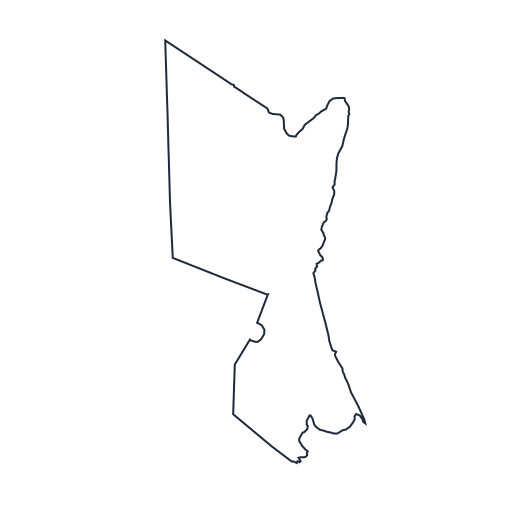 the district of East Honiara, Capital Territory (Honiara), Solomon Islands, rotated 111°
{"feature_id": "97153195B54570082610262", "entity_name": "East Honiara", "entity_type": "district", "adm_level": 2, "iso_a3": "SLB", "parent_name": "Solomon Islands", "parent_adm1": "Capital Territory (Honiara)", "projection": "orthographic", "projection_center": [159.999, -9.437], "detail": "fine", "context": "isolated", "style": "outline", "palette": "slate", "viewbox_px": 512, "rotation_deg": 111, "n_neighbors": 0, "source": "geoboundaries", "source_scale": "gbopen_adm2", "svg_char_len": 2306}
<svg xmlns="http://www.w3.org/2000/svg" viewBox="0 0 512 512"><g transform="rotate(111 256 256)"><path d="M87.3,418.0L137.3,397.0L155.3,389.4L187.4,376.1L196.4,372.3L237.7,355.1L287.6,333.0L288.2,279.0L288.0,231.9L287.5,231.2L299.9,231.1L318.0,231.0L318.3,227.5L318.9,225.4L321.9,221.7L325.9,220.4L330.3,221.1L331.8,221.5L335.1,223.2L336.3,225.3L336.7,230.4L336.2,231.7L364.9,236.9L386.3,229.5L411.9,220.6L428.1,173.1L435.1,148.9L434.3,147.1L434.7,143.8L432.7,143.7L433.0,141.5L431.6,140.8L429.1,143.9L428.0,142.4L426.6,138.9L425.3,137.4L423.3,136.8L421.7,138.0L419.9,137.7L419.1,140.2L416.9,144.6L413.1,149.5L410.8,150.2L404.3,149.2L403.0,147.7L399.1,146.1L396.1,146.7L395.5,148.1L391.6,149.6L385.7,148.9L385.3,148.0L387.5,145.0L392.5,141.2L394.0,138.7L395.4,133.8L394.8,130.7L394.7,126.9L393.9,122.1L394.0,120.6L392.8,116.7L387.3,112.3L385.8,109.8L381.8,107.2L377.0,105.9L373.3,105.3L370.3,106.5L367.6,105.9L367.7,101.9L370.6,97.6L372.2,96.8L373.1,94.0L369.6,96.5L360.2,106.0L354.9,111.9L349.4,118.3L343.0,123.6L339.7,126.8L337.8,129.1L335.0,131.2L333.0,133.5L329.9,135.1L325.6,141.0L321.1,146.1L319.8,147.0L316.7,146.9L316.6,151.0L309.2,157.0L304.3,159.8L294.3,166.7L276.3,179.8L266.4,186.3L259.9,190.8L256.4,192.6L251.4,196.3L248.4,195.3L246.4,196.2L243.9,195.2L241.6,196.6L239.7,194.9L237.3,193.8L236.0,192.1L234.3,192.7L233.0,194.1L232.4,196.1L229.0,199.8L227.5,199.7L225.9,198.5L223.2,197.7L215.5,197.5L213.9,198.2L211.9,200.5L210.7,201.0L208.0,204.5L205.1,205.0L200.3,204.8L198.3,203.4L196.4,203.1L193.9,204.5L189.8,204.8L187.5,203.9L186.2,204.2L183.9,204.5L179.3,204.5L176.0,205.1L170.4,205.1L167.5,206.1L164.3,209.2L161.1,208.2L158.5,209.3L155.9,209.7L148.1,211.3L140.0,214.3L135.5,215.5L130.7,215.9L128.8,215.7L122.5,214.8L115.7,215.8L111.7,216.1L104.5,216.4L100.2,217.3L92.1,220.1L90.1,219.8L88.1,221.2L85.6,221.6L83.0,223.2L79.2,228.6L76.9,229.8L77.2,231.4L80.0,238.0L81.5,240.6L84.9,242.8L89.5,243.4L93.3,243.3L97.9,247.1L100.0,248.0L103.0,250.4L106.6,251.6L114.7,256.7L116.3,257.5L120.5,258.0L125.1,260.3L128.0,261.5L130.3,261.7L131.6,266.5L131.7,268.7L130.7,271.1L127.2,275.3L119.0,278.9L116.8,280.6L115.3,284.1L117.4,291.2L117.5,295.2L114.2,298.2L111.7,310.0L108.5,324.8L108.0,326.6L105.7,337.1L104.3,337.9L104.4,340.7L87.3,418.0Z" fill="none" stroke="#1e293b" stroke-width="2"/></g></svg>